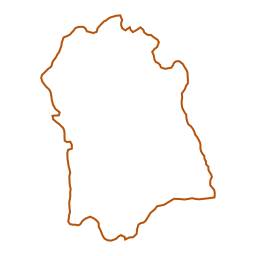 outline of Mãe do Rio, Pará, Brazil
{"feature_id": "56859067B65028667685767", "entity_name": "Mãe do Rio", "entity_type": "district", "adm_level": 2, "iso_a3": "BRA", "parent_name": "Brazil", "parent_adm1": "Pará", "projection": "albers", "projection_center": [-47.512, -1.99], "detail": "fine", "context": "isolated", "style": "outline", "palette": "amber", "viewbox_px": 256, "rotation_deg": 0, "n_neighbors": 0, "source": "geoboundaries", "source_scale": "gbopen_adm2", "svg_char_len": 2468}
<svg xmlns="http://www.w3.org/2000/svg" viewBox="0 0 256 256"><path d="M125.2,239.5L129.3,237.5L133.1,237.2L136.6,234.0L137.2,228.8L138.4,224.8L140.3,223.3L143.6,222.5L145.8,220.6L150.4,213.0L154.9,209.2L157.0,206.3L164.1,204.8L173.9,198.8L179.1,199.0L184.6,199.5L187.9,199.0L192.2,198.2L195.7,199.0L199.2,199.3L210.0,198.1L214.5,197.4L214.8,193.5L214.2,189.9L212.0,187.3L210.3,185.4L210.2,182.9L210.4,180.0L211.9,177.0L211.2,174.5L209.8,172.5L208.4,169.7L208.4,166.8L206.1,164.3L206.0,161.6L204.5,158.8L204.3,156.0L202.6,154.0L201.1,151.3L200.4,148.5L200.5,144.8L199.9,142.3L197.4,137.4L195.1,134.5L194.4,131.9L192.9,128.8L190.8,126.2L188.4,124.4L187.0,120.9L186.3,117.6L186.4,115.0L184.7,112.5L183.4,110.2L182.3,107.9L181.7,104.4L181.6,101.6L182.2,97.6L181.8,93.5L183.3,91.5L185.0,88.9L186.2,85.6L187.9,83.3L187.9,79.9L187.6,76.2L187.5,72.8L186.6,70.2L185.0,67.8L182.8,64.0L180.9,62.5L179.0,61.1L176.0,61.4L173.9,63.0L172.9,65.5L171.4,67.6L166.1,68.7L163.7,68.5L160.9,67.3L160.0,64.9L158.2,63.1L155.9,62.1L154.6,60.0L153.6,54.9L152.2,52.0L154.2,49.2L157.1,47.1L158.9,42.2L157.3,39.5L155.1,38.3L153.1,36.7L150.8,34.9L148.4,35.1L145.9,33.8L144.1,32.2L143.3,29.8L140.5,27.4L136.3,30.2L132.8,32.1L130.7,29.9L129.8,27.3L127.4,28.9L125.4,30.4L122.2,28.3L121.1,25.0L121.3,22.3L122.2,20.0L121.2,17.9L120.3,15.4L116.5,15.7L113.3,16.6L111.0,17.2L108.9,18.2L106.3,20.3L103.9,21.5L101.4,24.0L99.2,26.4L97.6,28.3L96.6,31.9L93.2,33.0L89.5,32.0L86.8,31.3L85.7,28.7L83.6,27.0L81.2,26.8L78.1,27.0L75.4,28.1L73.4,30.8L71.6,32.7L70.1,34.5L67.5,35.9L63.6,37.4L62.0,42.0L61.2,46.3L59.1,52.1L57.4,54.4L56.1,57.0L54.7,59.0L53.1,61.0L52.1,63.3L51.7,65.6L50.2,67.5L48.0,69.0L44.4,72.7L42.1,74.8L41.2,77.7L42.2,81.4L45.6,86.1L49.2,89.6L50.6,92.1L51.4,96.5L51.8,99.9L53.1,104.8L55.4,108.9L59.7,112.4L58.8,115.4L55.7,115.5L52.5,115.8L53.2,119.3L56.8,122.4L59.1,124.0L60.8,125.8L62.9,127.7L64.1,130.1L64.5,132.7L64.5,135.9L64.7,140.7L66.9,142.0L70.2,141.7L71.8,144.6L71.9,148.6L68.0,149.9L67.3,153.3L67.6,159.4L68.7,166.4L69.6,169.9L70.2,172.9L69.3,176.1L69.5,179.9L69.7,184.5L70.7,189.2L70.2,191.9L70.3,196.5L69.2,202.6L69.5,207.0L70.0,212.4L69.2,214.7L68.7,219.0L68.2,221.5L69.8,223.9L72.4,224.7L75.3,224.7L78.1,225.3L80.2,224.4L82.4,221.0L85.3,218.7L90.2,216.7L93.7,218.3L97.1,220.9L98.7,223.3L98.7,226.9L100.0,229.1L103.0,236.4L104.8,238.8L107.7,240.3L111.2,240.6L113.3,239.9L116.2,238.7L118.5,236.5L120.9,235.1L124.7,237.0L125.2,239.5Z" fill="none" stroke="#b45309" stroke-width="2"/></svg>